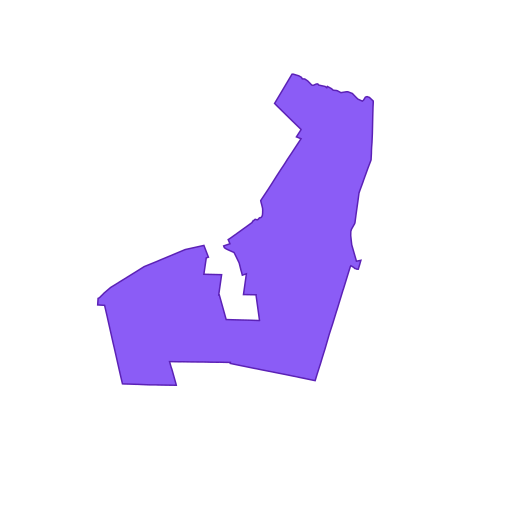 Galbenu, Braila, Romania, rotated 149°
{"feature_id": "2599482B76307381902120", "entity_name": "Galbenu", "entity_type": "district", "adm_level": 2, "iso_a3": "ROU", "parent_name": "Romania", "parent_adm1": "Braila", "projection": "equal_earth", "projection_center": [27.166, 45.19], "detail": "fine", "context": "isolated", "style": "filled", "palette": "violet", "viewbox_px": 512, "rotation_deg": 149, "n_neighbors": 0, "source": "geoboundaries", "source_scale": "gbopen_adm2", "svg_char_len": 3639}
<svg xmlns="http://www.w3.org/2000/svg" viewBox="0 0 512 512"><g transform="rotate(149 256 256)"><path d="M224.1,299.1L224.9,296.3L225.8,293.5L226.8,291.6L227.8,290.1L228.1,289.5L228.6,288.9L228.9,288.5L229.4,287.7L229.8,287.5L230.2,287.1L230.5,286.9L230.8,286.7L231.1,286.6L232.0,286.4L232.4,286.5L232.8,286.8L233.5,286.9L234.8,286.5L235.5,286.3L236.1,286.3L236.7,286.7L237.8,287.9L240.2,287.5L240.3,287.7L240.7,287.5L241.4,287.2L242.2,286.7L257.4,285.4L264.8,284.8L268.4,284.5L270.2,284.4L271.4,284.4L272.0,279.9L278.5,281.3L278.7,280.5L278.8,279.5L278.5,278.6L278.0,277.6L276.7,275.6L275.1,273.3L273.0,270.3L273.4,265.4L274.0,258.8L275.2,254.8L276.4,251.0L276.4,250.7L277.6,246.6L273.4,245.7L286.6,229.4L275.9,222.7L276.1,222.5L286.2,198.9L286.3,198.9L293.8,203.8L300.1,207.8L306.7,212.0L314.3,216.9L307.5,241.6L308.0,241.8L307.8,242.1L295.1,257.7L310.1,267.2L299.6,280.0L297.4,279.5L297.2,280.7L297.1,281.2L295.2,291.9L313.4,298.0L335.4,301.2L338.7,301.7L344.5,302.5L357.3,304.5L367.4,304.3L382.8,304.1L396.9,303.9L403.9,302.7L405.2,302.5L407.8,301.8L408.8,301.6L411.1,301.0L412.0,300.9L412.7,300.9L413.2,301.0L416.9,295.6L411.2,291.7L414.7,280.9L416.8,274.6L423.3,255.0L424.6,250.9L427.3,242.7L431.8,229.1L434.1,222.1L436.3,215.2L435.9,214.9L434.4,213.9L430.3,211.3L424.3,207.4L423.3,206.8L422.4,206.2L421.8,205.8L421.5,205.6L421.1,205.3L420.6,205.0L420.4,204.9L420.2,204.7L419.9,204.5L419.7,204.4L419.1,204.0L417.9,203.2L417.3,202.8L414.4,200.9L413.8,200.5L406.4,196.0L406.4,195.9L398.7,191.1L392.4,187.2L390.9,186.3L390.5,187.4L390.1,188.9L387.8,197.3L386.9,200.5L386.4,202.5L386.0,204.5L384.5,210.0L383.8,209.6L378.1,206.0L374.5,203.8L374.4,203.8L366.4,198.8L363.3,196.9L358.3,193.8L358.2,193.8L357.2,193.2L351.5,189.6L350.1,188.7L344.9,185.5L342.6,184.1L342.0,183.8L341.4,183.4L337.0,180.6L335.7,179.8L334.7,179.2L334.3,178.9L333.6,178.5L333.2,178.3L333.1,178.2L332.8,178.0L332.9,177.9L333.0,177.7L333.4,177.2L332.1,176.0L329.2,173.3L327.9,172.1L324.1,168.6L323.2,167.8L323.1,167.7L314.5,159.8L314.4,159.8L310.3,156.0L291.3,138.8L274.5,123.3L270.5,119.6L269.5,118.7L264.3,123.4L261.2,126.1L257.5,129.4L257.4,129.4L250.7,135.5L244.6,140.9L233.3,151.4L227.2,156.7L225.0,158.6L224.9,158.7L215.0,167.6L214.7,167.8L198.5,182.4L198.4,182.4L180.9,198.1L179.7,198.8L179.2,198.0L178.3,196.2L177.8,194.9L177.8,194.5L177.6,194.3L177.3,194.1L176.9,193.7L176.7,193.2L176.2,192.7L175.1,192.0L174.7,192.4L171.5,195.3L169.4,197.3L168.3,198.3L172.6,199.8L172.2,201.2L169.3,212.1L168.3,215.8L168.3,216.0L166.3,220.4L164.3,224.7L162.1,228.2L160.3,229.8L154.8,232.9L154.0,233.6L148.6,240.4L138.4,253.0L135.4,256.8L133.8,258.2L126.1,264.4L124.6,265.7L122.6,267.3L122.4,267.5L119.9,269.5L114.5,273.9L109.0,278.2L107.9,279.1L105.8,282.2L104.3,284.4L102.8,286.8L100.8,289.8L98.3,293.3L93.2,301.0L88.4,308.6L83.8,315.9L81.3,319.8L79.0,323.4L76.3,327.4L76.2,327.6L76.1,327.8L76.0,328.0L75.9,328.1L75.7,328.5L77.1,333.5L78.7,335.4L79.8,335.7L80.5,335.8L83.6,334.2L85.1,334.0L87.9,338.1L88.7,341.3L89.7,345.7L92.6,349.4L93.9,350.2L99.1,352.3L101.1,355.7L101.9,356.5L104.4,358.3L105.1,360.6L107.5,364.6L107.9,364.4L108.6,364.0L108.7,363.9L109.4,365.7L114.2,370.2L114.4,371.4L114.4,371.6L114.9,372.0L115.9,372.4L119.0,372.8L119.5,373.1L120.2,373.9L121.5,379.4L123.0,382.6L125.1,384.0L125.0,385.7L126.5,388.4L130.4,392.7L131.5,393.3L147.3,384.8L161.5,377.2L161.0,375.3L161.0,375.0L155.3,353.0L152.2,341.3L152.3,341.1L160.0,337.3L157.0,333.3L166.8,328.6L172.8,325.7L179.2,322.7L183.3,320.6L186.8,318.9L189.2,317.8L197.4,313.8L204.5,310.2L211.6,306.7L217.5,303.9L223.4,301.1L223.9,299.8L224.1,299.1Z" fill="#8b5cf6" stroke="#5b21b6" stroke-width="1.5"/></g></svg>